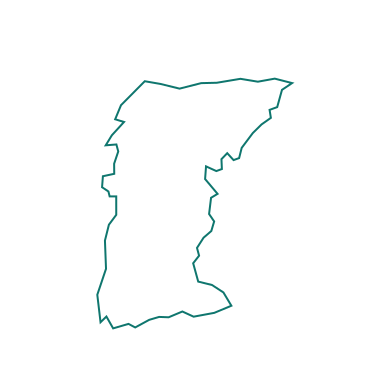 outline of Denau, Surkhandarya, Uzbekistan, rotated 248°
{"feature_id": "79887680B8984486268693", "entity_name": "Denau", "entity_type": "district", "adm_level": 2, "iso_a3": "UZB", "parent_name": "Uzbekistan", "parent_adm1": "Surkhandarya", "projection": "mercator", "projection_center": [67.808, 38.294], "detail": "fine", "context": "isolated", "style": "outline", "palette": "teal", "viewbox_px": 384, "rotation_deg": 248, "n_neighbors": 0, "source": "geoboundaries", "source_scale": "gbopen_adm2", "svg_char_len": 960}
<svg xmlns="http://www.w3.org/2000/svg" viewBox="0 0 384 384"><g transform="rotate(248 192 192)"><path d="M87.7,88.6L89.5,104.4L88.5,114.7L84.6,123.4L84.8,138.3L75.8,146.8L71.6,167.4L71.8,185.9L87.1,183.5L98.3,175.7L106.6,164.2L125.5,166.4L130.3,174.7L138.3,175.7L145.3,185.6L148.6,195.3L156.4,201.5L165.2,199.6L179.5,207.5L180.7,215.0L199.1,209.0L210.5,214.6L202.3,222.4L202.1,228.3L211.4,231.6L214.8,239.2L206.0,242.5L205.8,248.4L214.3,254.6L223.9,270.5L228.6,281.8L231.2,292.9L239.1,294.7L238.8,302.8L253.0,313.7L255.5,325.6L266.1,311.2L269.6,294.4L278.8,279.3L284.0,255.9L289.5,241.3L292.5,219.2L303.9,203.4L312.4,189.7L299.1,158.7L288.2,148.0L282.4,155.2L274.6,138.9L267.6,129.5L264.4,139.7L257.2,138.8L247.4,130.4L238.0,126.7L240.0,115.3L230.1,110.4L223.8,114.7L218.8,114.0L216.3,120.1L199.2,113.2L192.8,102.7L179.6,93.1L153.0,83.5L132.2,65.7L105.5,58.4L108.6,66.0L95.1,67.8L93.5,83.7L87.7,88.6Z" fill="none" stroke="#0f766e" stroke-width="2"/></g></svg>